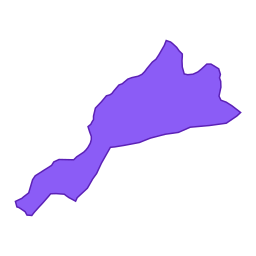 Oke Ero, Kwara, Nigeria
{"feature_id": "59680162B41605859942250", "entity_name": "Oke Ero", "entity_type": "district", "adm_level": 2, "iso_a3": "NGA", "parent_name": "Nigeria", "parent_adm1": "Kwara", "projection": "mercator", "projection_center": [5.236, 8.179], "detail": "fine", "context": "isolated", "style": "filled", "palette": "violet", "viewbox_px": 256, "rotation_deg": 0, "n_neighbors": 0, "source": "geoboundaries", "source_scale": "gbopen_adm2", "svg_char_len": 1373}
<svg xmlns="http://www.w3.org/2000/svg" viewBox="0 0 256 256"><path d="M16.9,206.9L19.0,207.6L25.1,211.7L27.0,215.1L28.9,215.2L31.8,215.5L33.4,213.4L34.6,211.9L39.0,207.0L43.0,202.7L48.5,196.4L50.6,193.8L52.5,193.7L56.1,193.6L64.3,194.2L65.7,195.3L66.2,195.7L68.9,197.6L72.5,199.5L75.6,201.2L77.2,197.7L87.4,188.2L92.7,178.9L96.6,173.5L101.4,163.2L110.4,147.3L114.7,146.9L124.0,145.4L139.4,142.5L145.6,140.0L150.4,138.1L165.4,134.2L171.4,133.4L178.4,132.4L190.2,127.2L209.5,125.5L226.3,123.2L237.0,115.9L240.6,112.5L232.1,105.9L226.9,102.6L226.3,102.2L220.9,100.2L219.0,96.1L220.9,87.2L220.7,81.3L219.5,77.9L220.4,74.4L218.7,68.8L211.0,64.1L206.8,64.1L201.5,69.0L197.8,72.0L193.0,74.2L187.6,74.7L184.2,73.9L182.3,67.1L182.0,60.7L182.3,56.5L182.3,54.0L179.1,50.8L176.7,47.4L172.5,43.5L170.6,42.0L166.2,40.5L164.3,45.4L158.9,54.8L156.0,59.2L152.3,62.1L147.0,68.5L144.6,71.7L141.9,74.4L138.2,76.2L131.9,77.6L127.8,79.1L122.2,83.8L118.9,85.0L113.7,91.1L112.0,93.4L110.0,94.8L106.4,95.8L101.4,101.8L97.4,106.0L95.4,108.1L93.5,116.1L93.5,119.6L92.2,121.6L90.8,124.3L88.0,126.6L89.6,131.7L91.3,136.4L91.3,139.6L90.3,143.2L87.9,147.5L86.0,149.9L83.8,152.1L79.3,155.1L76.7,156.8L73.7,159.8L59.0,159.5L53.8,161.9L51.6,165.4L43.8,170.3L35.2,175.8L32.6,179.7L28.7,192.9L23.5,196.9L21.8,198.4L19.8,199.3L15.4,201.4L16.9,206.9Z" fill="#8b5cf6" stroke="#5b21b6" stroke-width="1.5"/></svg>